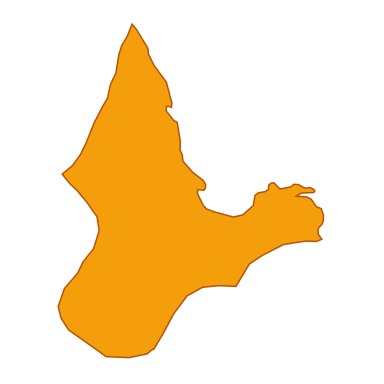 outline of Riwon, Hamgyŏng-namdo, North Korea, rotated 271°
{"feature_id": "82179303B95293101027847", "entity_name": "Riwon", "entity_type": "district", "adm_level": 2, "iso_a3": "PRK", "parent_name": "North Korea", "parent_adm1": "Hamgyŏng-namdo", "projection": "orthographic", "projection_center": [128.649, 40.322], "detail": "fine", "context": "isolated", "style": "filled", "palette": "amber", "viewbox_px": 384, "rotation_deg": 271, "n_neighbors": 0, "source": "geoboundaries", "source_scale": "gbopen_adm2", "svg_char_len": 1406}
<svg xmlns="http://www.w3.org/2000/svg" viewBox="0 0 384 384"><g transform="rotate(271 192 192)"><path d="M147.0,322.6L152.2,318.9L157.6,318.7L162.8,323.0L165.9,323.8L171.2,323.8L177.6,321.5L179.6,316.5L186.9,311.3L189.1,306.6L189.6,296.3L192.8,301.2L193.6,313.7L195.0,314.8L196.6,313.9L198.5,310.0L197.9,305.6L197.8,304.9L201.2,298.4L201.5,293.8L198.9,290.8L196.5,279.9L202.6,273.8L202.3,271.1L200.2,268.6L195.6,268.3L193.7,265.2L192.3,258.2L189.6,255.0L179.6,253.5L170.0,243.2L167.7,233.7L172.5,214.7L175.3,206.8L178.7,203.5L190.0,197.7L194.4,197.6L194.0,203.9L195.8,205.3L199.8,205.5L203.7,203.0L211.8,192.2L222.7,182.4L229.1,181.6L233.8,179.3L242.4,179.5L261.5,175.9L263.2,172.5L272.5,164.9L276.5,164.9L277.5,166.2L276.2,170.0L280.2,170.4L301.3,164.5L317.5,152.1L328.8,146.1L334.9,145.4L353.3,133.8L355.5,131.9L358.7,129.1L352.6,126.8L345.8,124.2L336.8,119.0L327.7,116.4L309.4,113.8L298.1,108.6L284.4,105.9L275.4,100.8L259.5,93.0L239.1,85.2L227.8,80.0L216.5,72.2L207.6,61.9L198.3,69.6L191.3,77.2L179.6,87.3L165.7,97.4L151.9,99.9L133.7,94.6L120.2,84.3L108.9,79.1L93.2,66.1L75.2,60.2L72.8,60.8L63.6,63.3L52.0,70.9L33.0,98.8L25.9,109.0L25.6,119.2L25.3,132.0L29.4,150.0L33.9,155.1L33.9,156.4L49.7,165.5L70.0,175.9L88.1,188.9L96.9,204.3L98.8,219.7L98.4,237.6L121.0,250.6L129.9,263.5L140.9,284.0L142.9,294.3L144.9,307.1L144.7,317.3L147.0,322.6Z" fill="#f59e0b" stroke="#b45309" stroke-width="1.5"/></g></svg>